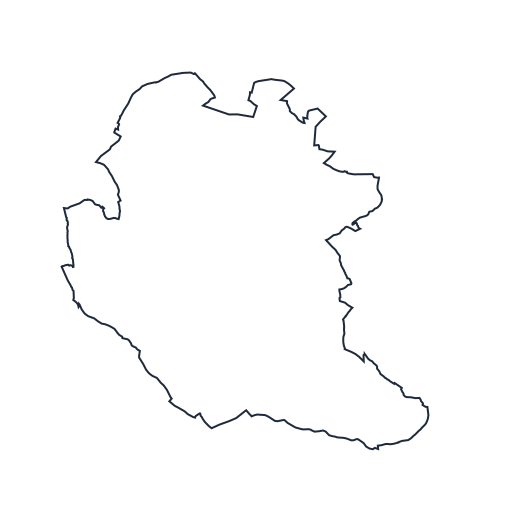 Geaca, Cluj, Romania, rotated 190°
{"feature_id": "2599482B49870683085634", "entity_name": "Geaca", "entity_type": "district", "adm_level": 2, "iso_a3": "ROU", "parent_name": "Romania", "parent_adm1": "Cluj", "projection": "mercator", "projection_center": [24.058, 46.874], "detail": "fine", "context": "isolated", "style": "outline", "palette": "slate", "viewbox_px": 512, "rotation_deg": 190, "n_neighbors": 0, "source": "geoboundaries", "source_scale": "gbopen_adm2", "svg_char_len": 6061}
<svg xmlns="http://www.w3.org/2000/svg" viewBox="0 0 512 512"><g transform="rotate(190 256 256)"><path d="M384.7,409.4L385.5,409.6L392.7,406.6L397.6,403.3L399.6,400.2L402.9,397.0L405.2,394.2L405.7,393.2L406.6,390.5L408.3,383.9L411.5,376.4L412.7,372.3L413.6,370.2L414.2,369.9L413.7,368.5L415.4,363.1L414.5,362.8L413.7,362.0L414.3,358.9L413.7,356.5L416.4,357.1L417.1,353.3L416.9,352.9L410.0,350.2L411.1,346.1L411.9,345.0L417.8,338.5L418.2,336.2L419.1,334.9L426.1,327.5L429.9,320.7L425.6,320.4L421.7,319.5L420.8,318.9L416.6,315.5L415.4,313.5L411.6,309.5L408.4,305.0L405.3,301.8L402.8,297.7L402.3,296.3L402.3,294.2L402.7,292.7L402.6,292.3L399.0,287.1L401.1,285.2L399.2,281.4L398.5,278.5L397.7,276.6L397.8,274.8L397.5,271.7L397.7,268.5L399.8,268.6L400.8,268.9L402.7,268.8L405.8,267.3L408.1,266.7L409.9,267.3L411.6,268.8L412.8,270.9L413.2,272.1L414.3,273.6L414.6,274.5L414.5,276.0L413.9,276.6L414.3,277.0L415.8,277.8L416.0,276.9L416.6,276.6L419.3,278.8L421.7,278.7L423.5,279.0L426.3,281.7L428.8,282.4L431.6,282.4L431.6,282.0L434.7,281.4L438.9,277.2L447.5,272.3L449.5,270.3L450.6,270.0L453.5,269.9L449.7,261.3L448.9,260.6L448.9,258.9L448.4,258.1L447.9,258.0L447.0,256.2L447.1,255.2L446.6,254.2L447.0,252.4L446.9,250.7L446.1,248.6L445.7,248.0L445.8,246.5L445.3,244.7L445.4,243.8L444.9,241.9L444.9,241.3L444.1,238.4L444.0,237.2L442.9,234.6L442.5,232.9L441.6,232.6L441.3,231.7L439.7,229.9L438.6,227.5L438.0,226.8L436.6,223.4L436.8,222.4L436.7,222.0L435.9,221.3L434.2,215.4L433.9,213.6L434.4,213.4L434.8,214.5L436.1,214.5L436.6,214.7L437.8,214.6L438.3,214.1L439.5,214.8L442.2,213.8L443.8,212.7L445.1,212.3L445.6,211.8L437.1,199.2L433.6,195.1L432.7,193.6L431.8,193.0L430.7,190.7L429.6,189.9L428.1,183.0L428.3,180.9L426.5,180.1L424.6,178.9L422.8,177.1L421.9,175.0L421.7,175.5L421.7,176.7L421.9,178.0L421.3,177.5L418.3,173.0L415.8,170.6L414.3,169.3L410.8,167.6L404.5,166.5L400.2,164.2L396.1,162.6L392.7,162.6L388.8,161.8L385.9,160.9L382.6,159.6L378.7,155.9L377.1,154.6L373.8,153.3L373.3,151.9L368.0,151.7L366.6,151.0L364.1,148.5L362.8,146.3L360.8,145.5L358.4,145.0L357.6,144.1L356.2,143.2L353.9,142.4L353.8,137.8L353.5,135.7L348.3,130.0L344.7,125.2L342.1,122.8L340.3,121.5L337.0,119.9L332.4,118.7L327.6,114.5L324.5,112.6L320.5,108.7L315.6,102.1L314.3,100.9L316.1,97.8L309.7,94.2L307.5,93.6L299.2,90.6L295.7,88.4L290.0,86.5L287.9,86.3L287.9,87.1L287.6,87.9L284.6,90.8L283.9,91.3L283.6,91.2L282.8,89.1L281.2,87.8L280.4,86.6L277.6,83.7L272.7,80.2L269.8,78.7L262.7,83.6L253.8,88.7L247.4,92.9L238.9,102.4L234.5,98.8L233.5,98.3L232.6,97.3L229.8,99.0L227.2,100.1L219.4,100.9L216.0,100.0L208.7,96.9L206.3,97.0L200.1,99.4L198.8,99.0L195.9,97.1L187.4,94.0L181.2,93.4L179.4,93.4L173.9,94.6L171.7,94.4L171.1,94.0L167.8,93.2L163.4,94.4L159.7,95.8L156.9,95.2L152.9,92.2L149.3,91.8L147.5,91.9L144.1,91.5L138.4,92.1L135.1,92.0L130.0,91.0L127.9,91.5L125.2,93.1L123.8,93.3L118.0,90.7L117.1,90.1L114.5,87.5L110.8,86.1L107.4,86.0L105.6,87.7L102.2,87.1L103.1,90.4L100.0,91.3L95.6,93.4L93.5,93.8L91.2,93.9L88.0,94.9L83.4,97.0L83.5,97.3L80.0,99.3L74.2,101.1L71.6,103.5L70.1,105.7L68.2,107.9L65.1,112.4L63.7,113.9L63.3,114.9L60.3,119.2L59.5,120.7L58.7,124.1L58.5,126.1L58.6,129.3L61.0,137.1L62.8,136.9L66.1,138.2L65.9,139.3L66.0,139.9L68.3,141.8L68.9,143.1L70.4,144.6L74.3,143.7L78.7,143.8L82.9,143.2L84.8,143.5L86.6,144.9L86.8,146.0L87.2,146.6L88.3,147.6L90.0,150.0L89.5,151.4L97.4,155.0L97.7,154.1L102.4,156.0L103.9,157.0L105.4,157.3L106.7,158.2L108.0,158.5L109.1,159.5L112.8,161.3L114.7,164.0L117.2,166.1L117.5,167.9L118.2,169.0L121.5,170.9L123.2,172.4L125.8,173.2L127.7,174.3L132.0,178.5L131.9,177.9L132.6,177.5L132.9,177.0L131.6,170.9L135.0,173.3L135.7,173.6L136.5,174.4L141.2,176.8L145.4,178.1L152.5,179.7L152.5,180.6L153.9,183.0L155.1,186.4L155.7,189.7L155.9,191.8L155.5,194.3L155.5,195.0L156.5,198.6L157.0,202.1L158.5,207.3L159.3,208.5L157.3,212.4L157.1,212.3L155.1,216.9L154.3,218.0L153.3,220.1L152.1,221.8L156.8,223.5L160.2,225.5L165.6,226.2L166.5,229.0L165.7,229.9L166.0,230.8L166.2,232.3L167.7,235.8L168.1,237.5L165.6,238.4L163.8,239.4L161.9,241.3L160.4,243.4L157.5,244.7L157.3,245.7L159.7,249.5L161.1,250.0L162.2,249.9L163.6,252.4L165.0,254.0L165.2,254.8L166.4,256.1L166.7,256.8L170.5,261.6L171.2,263.6L172.5,265.6L173.0,266.8L173.1,269.7L173.6,270.8L176.1,273.0L178.8,275.9L182.7,278.4L189.8,283.8L187.6,285.2L183.3,289.9L180.5,291.0L177.5,292.8L176.1,295.9L173.7,298.5L173.0,299.9L171.7,300.6L170.0,300.3L166.9,299.5L162.5,297.8L158.2,300.9L159.6,301.4L160.3,302.2L160.8,303.4L161.7,303.9L162.4,305.6L163.1,306.1L164.7,305.1L166.2,303.6L166.5,303.7L166.7,304.7L166.4,305.5L164.9,307.2L163.7,308.1L162.0,310.2L160.2,311.9L154.8,314.5L153.5,315.5L152.6,316.7L152.3,318.8L152.0,319.3L149.1,320.5L147.2,323.2L145.1,324.5L143.8,326.2L142.7,328.0L141.8,331.0L141.7,332.0L141.9,333.3L141.7,333.3L141.7,333.7L143.1,337.5L146.3,340.9L147.9,343.0L148.5,346.1L148.5,354.6L150.3,354.2L153.4,354.2L155.3,356.9L173.9,353.4L179.6,353.4L180.8,353.8L181.1,354.8L182.9,354.5L183.4,354.9L185.1,353.9L188.4,353.9L191.4,354.4L195.1,355.3L198.8,357.2L202.2,358.1L205.3,359.3L200.9,364.8L198.6,368.6L196.7,372.4L203.6,371.5L208.8,372.3L212.1,372.2L213.3,375.7L213.8,376.1L217.9,375.0L219.7,393.6L216.1,399.3L211.4,405.6L220.9,411.9L228.8,408.5L229.7,407.5L229.9,406.7L229.8,402.8L229.5,401.0L229.2,400.3L233.4,400.5L232.8,398.4L231.3,395.4L233.0,395.4L237.5,397.2L238.6,398.0L240.6,400.5L242.3,401.5L242.7,402.1L245.3,402.9L247.8,404.5L247.9,405.3L248.3,406.6L252.1,411.8L252.3,413.9L258.8,413.9L247.7,427.5L251.0,429.7L254.0,431.4L258.2,433.1L260.2,433.3L268.9,432.8L271.4,432.9L284.0,428.6L286.8,427.1L287.9,426.1L288.6,416.1L290.3,416.2L290.0,413.9L290.5,408.1L288.5,407.7L284.2,405.0L281.2,403.9L282.9,392.4L298.6,392.3L307.2,390.7L334.3,394.9L332.1,397.3L329.7,399.3L328.1,402.5L327.4,403.1L324.0,404.9L324.4,405.8L325.0,406.9L329.7,411.4L333.2,413.9L337.0,417.0L338.4,418.6L342.0,420.6L347.6,425.2L348.0,425.3L348.4,424.5L348.7,424.4L352.2,425.3L359.5,423.7L370.0,420.1L371.0,419.7L373.8,417.4L376.8,415.4L382.7,410.4L383.6,410.2L384.7,409.4Z" fill="none" stroke="#1e293b" stroke-width="2"/></g></svg>